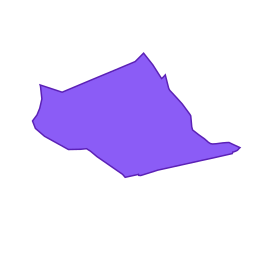 the district of Bwari, Federal Capital Territory, Nigeria, rotated 226°
{"feature_id": "59680162B85175001165051", "entity_name": "Bwari", "entity_type": "district", "adm_level": 2, "iso_a3": "NGA", "parent_name": "Nigeria", "parent_adm1": "Federal Capital Territory", "projection": "natural_earth1", "projection_center": [7.401, 9.25], "detail": "fine", "context": "isolated", "style": "filled", "palette": "violet", "viewbox_px": 256, "rotation_deg": 226, "n_neighbors": 0, "source": "geoboundaries", "source_scale": "gbopen_adm2", "svg_char_len": 999}
<svg xmlns="http://www.w3.org/2000/svg" viewBox="0 0 256 256"><g transform="rotate(226 128 128)"><path d="M171.0,191.2L170.8,179.3L176.1,165.6L189.5,131.3L199.5,105.5L220.0,94.7L218.9,94.1L208.7,86.2L203.5,78.2L200.6,71.6L199.4,64.2L192.0,61.1L180.0,62.2L153.9,70.2L146.2,78.5L145.8,78.9L141.9,83.8L137.5,84.9L129.0,85.8L114.5,88.7L98.5,91.9L94.5,91.7L87.9,102.4L87.4,103.3L86.5,102.8L85.0,104.1L77.4,119.3L77.1,120.0L71.6,128.9L53.3,158.8L47.6,168.0L41.9,177.4L37.6,184.5L37.2,185.1L37.4,185.8L37.9,186.6L37.7,186.9L37.0,188.3L36.7,189.0L36.4,189.8L36.0,191.1L36.0,192.0L36.0,192.4L36.1,193.2L36.1,193.8L36.1,194.9L44.9,191.5L47.4,190.6L49.1,188.7L51.4,185.9L55.5,180.4L57.8,177.7L59.5,176.5L61.8,175.9L67.0,175.5L74.4,174.1L74.6,174.1L77.4,173.7L81.7,173.1L84.6,174.7L88.8,178.1L93.2,181.6L94.8,182.0L107.5,183.7L115.6,184.0L126.1,184.2L128.2,184.8L131.2,186.5L140.3,191.7L140.2,190.6L140.1,187.8L140.3,186.5L156.1,189.7L171.0,191.2Z" fill="#8b5cf6" stroke="#5b21b6" stroke-width="1.5"/></g></svg>